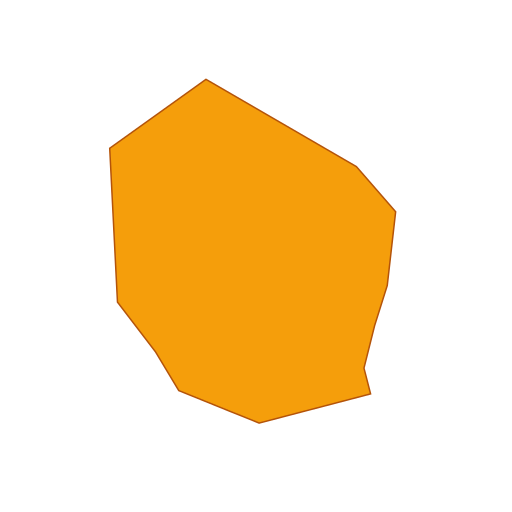 the district of Seo-gu [West District], Daegu, South Korea, rotated 59°
{"feature_id": "91817680B37138617445780", "entity_name": "Seo-gu [West District]", "entity_type": "district", "adm_level": 2, "iso_a3": "KOR", "parent_name": "South Korea", "parent_adm1": "Daegu", "projection": "natural_earth1", "projection_center": [128.554, 35.869], "detail": "fine", "context": "isolated", "style": "filled", "palette": "amber", "viewbox_px": 512, "rotation_deg": 59, "n_neighbors": 0, "source": "geoboundaries", "source_scale": "gbopen_adm2", "svg_char_len": 347}
<svg xmlns="http://www.w3.org/2000/svg" viewBox="0 0 512 512"><g transform="rotate(59 256 256)"><path d="M78.8,207.9L88.3,325.9L224.2,398.5L286.5,391.5L331.6,391.5L375.9,358.2L386.9,349.8L400.8,339.4L433.2,228.8L407.7,221.2L376.6,190.0L348.9,158.7L290.0,113.5L231.1,123.9L78.8,207.9Z" fill="#f59e0b" stroke="#b45309" stroke-width="1.5"/></g></svg>